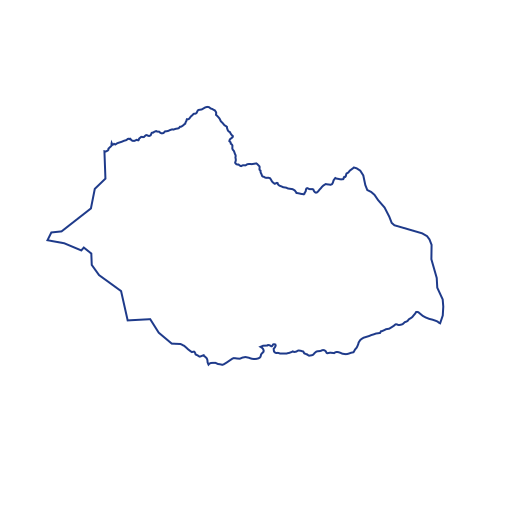 Sisian, Syunik, Armenia (Natural Earth projection), rotated 131°
{"feature_id": "60910142B33195245753630", "entity_name": "Sisian", "entity_type": "district", "adm_level": 2, "iso_a3": "ARM", "parent_name": "Armenia", "parent_adm1": "Syunik", "projection": "natural_earth1", "projection_center": [45.922, 39.579], "detail": "fine", "context": "isolated", "style": "outline", "palette": "blue", "viewbox_px": 512, "rotation_deg": 131, "n_neighbors": 0, "source": "geoboundaries", "source_scale": "gbopen_adm2", "svg_char_len": 6143}
<svg xmlns="http://www.w3.org/2000/svg" viewBox="0 0 512 512"><g transform="rotate(131 256 256)"><path d="M380.9,423.7L372.2,409.1L366.4,391.5L362.6,391.5L362.2,381.9L370.5,374.1L373.4,361.9L371.0,334.8L388.8,310.6L373.1,294.4L377.7,279.1L377.4,262.1L372.0,255.3L371.7,254.4L371.4,253.3L371.2,252.1L370.9,251.4L370.9,250.4L370.9,248.0L371.0,246.2L370.9,244.7L370.8,243.1L370.7,242.1L370.6,241.4L369.1,240.3L368.7,239.7L369.3,237.9L369.9,237.1L369.8,236.3L369.3,235.0L369.2,233.6L368.9,232.5L368.2,232.0L365.9,230.8L365.2,230.4L365.6,229.6L365.4,228.7L365.5,226.3L366.0,225.1L366.7,224.1L367.9,222.9L368.6,221.7L369.1,220.6L368.5,220.6L366.9,220.2L366.1,219.6L365.0,218.5L363.9,217.2L363.2,216.4L362.5,213.9L361.5,212.4L360.7,211.0L360.3,210.1L359.0,209.3L355.5,208.2L349.0,206.5L347.8,205.9L346.9,204.8L345.9,203.2L344.2,200.9L343.3,200.4L341.6,199.6L339.2,197.7L338.4,196.3L337.4,194.5L337.0,193.3L336.2,191.6L335.1,190.0L333.6,188.4L331.8,187.1L330.3,186.5L329.2,186.5L328.0,187.0L327.2,187.5L325.7,187.7L324.6,187.5L324.1,187.6L323.4,187.5L322.5,188.0L321.9,188.9L321.5,189.8L321.3,191.0L321.6,193.0L319.8,192.1L319.1,191.8L318.5,191.2L317.7,190.3L316.1,188.7L315.4,188.6L314.9,188.0L314.4,187.0L314.1,185.2L313.6,184.8L312.8,184.8L312.0,185.0L311.3,185.0L310.6,184.3L310.1,183.3L310.8,182.3L312.6,181.8L314.4,181.8L315.4,180.8L316.2,179.8L316.4,178.9L316.3,178.0L316.0,177.2L315.6,176.7L314.8,176.0L314.3,175.1L313.9,174.0L313.0,172.9L309.5,168.9L308.5,168.3L307.4,167.4L305.9,166.6L304.9,166.0L303.9,165.7L303.4,164.2L302.8,163.7L301.6,162.8L300.2,162.4L299.3,161.8L298.1,159.9L297.7,158.9L297.1,157.7L297.3,157.1L297.4,156.6L297.8,155.9L297.8,155.5L297.5,154.8L297.2,154.2L297.1,153.3L296.7,152.9L296.7,151.8L296.4,150.5L295.6,149.9L295.0,149.3L293.7,148.4L292.9,148.1L290.6,148.1L288.8,147.8L287.8,147.3L285.8,145.4L284.8,144.7L283.8,144.3L282.9,143.6L282.3,142.5L282.1,141.2L282.4,140.2L282.8,139.1L282.6,138.4L281.6,137.6L280.3,136.6L278.0,133.3L277.0,133.1L275.8,132.4L275.2,131.8L274.4,130.5L273.7,128.8L273.1,126.8L271.4,124.1L270.2,122.9L268.7,121.9L266.7,120.8L264.7,119.3L263.9,119.4L261.6,119.9L259.1,119.9L257.6,120.3L255.5,121.0L253.9,121.8L251.0,122.2L249.3,121.9L247.1,121.2L242.1,118.1L240.0,117.1L238.0,115.8L235.8,114.6L234.8,113.7L232.7,111.9L230.8,112.3L230.0,111.6L227.9,110.6L225.9,109.8L223.5,107.8L221.0,107.0L218.3,106.2L216.8,106.0L216.0,105.8L215.2,104.9L214.9,103.8L214.4,102.9L213.5,102.1L212.1,101.1L211.1,100.6L208.3,100.3L207.1,99.6L205.7,99.0L203.5,99.1L200.9,98.3L199.5,98.0L197.1,98.1L195.0,98.1L193.2,98.4L192.4,97.6L191.9,96.5L191.9,95.1L191.8,90.9L191.1,87.7L189.8,84.0L188.3,81.1L187.0,77.9L186.4,76.1L186.3,74.0L186.0,72.9L178.4,76.0L171.4,81.4L166.3,86.6L161.0,98.4L154.0,105.2L143.4,121.5L132.4,130.8L129.7,135.9L128.8,139.9L129.9,145.5L142.0,171.7L142.0,175.3L138.9,181.2L135.1,190.7L133.7,200.6L132.1,206.7L132.1,211.1L133.2,215.3L130.7,220.1L124.8,227.9L123.2,233.3L123.8,237.6L125.0,240.2L125.9,240.3L130.0,241.2L132.3,241.1L133.2,241.3L134.2,241.8L135.0,241.6L136.6,240.7L137.7,240.5L138.3,241.3L139.1,241.3L139.9,240.7L140.8,240.6L142.3,242.0L143.0,243.0L143.7,244.3L144.8,246.1L145.1,247.3L145.7,247.3L146.6,247.2L148.0,247.1L149.7,246.3L151.0,245.9L152.0,245.8L153.4,246.5L154.1,247.7L155.1,249.1L156.0,250.6L158.6,251.4L160.7,251.6L162.2,251.5L164.1,251.6L166.4,251.5L168.0,251.7L168.9,252.3L169.2,253.4L169.0,254.7L168.6,255.7L168.2,256.3L168.4,257.1L170.4,259.5L170.8,260.5L171.0,261.6L171.3,261.9L171.9,262.2L172.8,262.0L173.6,261.6L174.2,261.1L175.4,260.8L176.6,260.7L177.1,260.3L178.1,260.4L178.9,261.8L179.5,262.6L180.2,264.0L181.1,265.6L181.9,266.8L181.6,267.3L181.4,268.5L181.1,269.5L181.3,271.0L181.6,272.3L184.1,276.2L184.6,278.0L186.3,280.7L186.7,282.2L187.5,284.4L187.6,285.4L187.5,286.4L186.8,287.5L187.1,288.2L187.7,288.6L188.4,288.7L189.3,289.4L189.3,290.7L189.4,291.7L189.1,293.3L188.5,294.9L188.1,296.4L188.4,297.1L188.9,298.1L190.0,299.2L190.8,300.4L191.1,302.1L191.6,303.0L191.6,303.9L191.2,304.6L190.7,305.4L190.3,306.5L189.6,307.7L188.6,308.6L188.6,309.8L188.1,310.5L187.2,311.0L186.1,312.1L185.8,315.4L185.9,316.5L188.8,318.9L189.6,319.6L190.2,320.5L191.1,321.6L192.5,322.8L194.0,323.2L194.6,323.5L195.4,324.6L196.0,325.3L196.8,325.8L197.7,326.0L198.2,326.7L198.4,328.1L198.4,329.2L199.1,329.9L199.6,331.0L199.5,332.3L199.3,332.9L198.5,333.3L197.2,333.9L196.3,334.7L195.1,336.2L193.9,336.9L193.3,337.6L192.7,339.0L191.8,340.5L191.2,341.7L191.0,343.3L190.4,344.4L188.9,345.6L188.0,346.4L187.7,347.5L187.8,348.7L186.9,349.7L186.8,351.5L185.8,352.0L184.5,352.2L183.1,351.8L182.1,351.7L181.2,351.7L180.6,352.4L180.7,353.3L180.5,354.5L180.2,355.6L179.6,356.9L179.9,358.3L179.7,359.6L179.2,360.5L178.4,361.9L177.6,362.7L177.7,364.0L178.0,365.6L177.5,368.7L177.4,370.9L177.0,371.8L176.2,373.7L175.9,375.5L175.7,377.6L175.7,378.8L174.1,379.9L173.5,381.0L173.1,382.7L173.5,383.9L173.7,385.3L174.4,387.0L174.5,389.0L175.1,390.2L176.1,391.1L177.2,391.8L181.0,393.1L183.5,395.2L184.4,395.4L187.1,394.7L188.2,395.0L189.0,395.8L189.6,396.3L190.6,396.4L191.6,396.4L193.4,396.7L196.1,396.5L197.0,396.7L197.7,397.3L198.1,397.9L198.7,397.7L199.6,397.2L201.4,396.8L202.6,396.2L203.5,396.5L204.7,396.6L206.2,396.9L207.6,397.4L208.4,398.2L209.2,398.1L210.3,398.2L211.2,398.8L212.5,399.9L214.8,401.3L215.3,402.2L216.1,402.8L217.7,403.7L219.0,404.2L220.5,405.3L221.6,406.4L223.9,406.5L225.2,407.5L225.8,408.9L225.7,410.6L227.0,412.3L227.2,413.3L229.1,414.3L230.3,414.5L230.8,415.1L231.5,415.5L234.0,414.7L235.3,415.2L236.0,416.1L236.2,417.1L236.7,418.1L237.3,418.4L238.7,418.6L239.6,418.6L240.4,419.2L240.9,420.2L241.4,420.8L242.9,421.0L243.6,421.2L244.5,421.1L245.1,420.7L245.9,420.7L246.3,421.4L246.5,422.2L248.9,423.3L250.1,424.8L250.3,426.1L250.0,427.8L250.9,428.3L250.9,428.9L251.8,429.6L252.6,429.7L253.6,429.9L255.6,431.2L257.9,432.3L261.2,434.3L262.5,434.9L263.4,435.1L264.2,435.4L264.5,436.7L265.2,436.8L266.0,437.1L266.1,437.8L265.5,439.0L266.2,438.6L267.3,437.5L268.1,437.4L271.7,437.8L272.7,437.1L273.7,437.1L275.0,437.6L275.8,438.0L276.4,439.1L296.4,420.4L311.1,421.7L328.4,411.8L365.0,418.9L372.5,425.9L380.9,423.7Z" fill="none" stroke="#1e3a8a" stroke-width="2"/></g></svg>